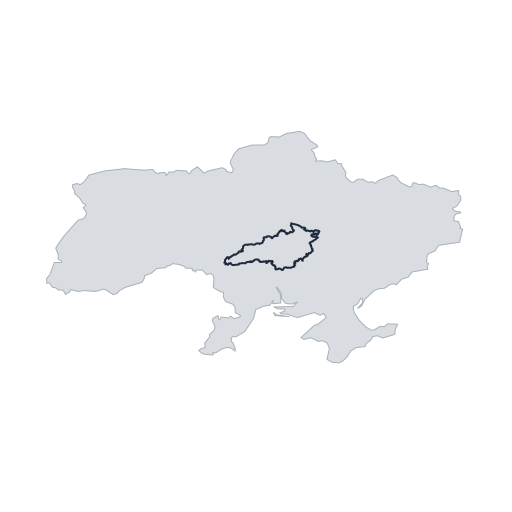 Kirovohrad highlighted on a map of Ukraine, rotated 352°
{"feature_id": "UKR-320", "entity_name": "Kirovohrad", "entity_type": "Region", "adm_level": 1, "iso_a3": "UKR", "parent_name": "Ukraine", "parent_adm1": "", "projection": "robinson", "projection_center": [32.137, 48.505], "detail": "fine", "context": "in_parent", "style": "outline", "palette": "slate", "viewbox_px": 512, "rotation_deg": 352, "n_neighbors": 0, "source": "natural_earth", "source_scale": "10m", "svg_char_len": 9453}
<svg xmlns="http://www.w3.org/2000/svg" viewBox="0 0 512 512"><g transform="rotate(352 256 256)"><path d="M349.3,334.1L355.1,341.7L359.9,345.5L362.4,345.7L368.9,343.0L373.2,343.9L377.0,341.5L386.7,343.3L383.8,348.0L382.5,353.0L370.0,354.8L365.3,351.9L360.4,352.0L357.7,355.6L352.9,358.0L351.3,360.8L342.4,360.7L336.4,363.3L332.0,368.8L327.0,372.2L323.1,373.3L316.9,371.9L311.9,368.3L315.8,357.7L314.4,352.0L310.4,349.3L305.5,349.1L299.0,344.6L291.7,345.2L289.2,343.0L304.3,332.7L307.6,332.2L316.8,326.9L315.1,322.4L311.2,323.6L305.7,320.1L288.4,322.8L277.9,317.6L273.0,316.9L271.8,315.7L276.8,314.5L277.2,312.6L270.2,311.3L266.4,308.9L285.6,311.2L290.8,307.1L285.5,308.6L280.1,307.6L278.1,306.3L275.7,302.1L275.6,296.2L273.2,291.0L271.3,289.4L275.0,297.9L274.0,306.0L265.9,305.6L266.7,302.3L262.8,306.7L256.5,306.8L248.4,308.9L245.0,317.4L234.4,329.2L224.9,333.2L221.6,332.6L220.3,333.5L219.6,337.1L221.2,338.9L222.5,344.7L222.0,347.2L218.7,343.9L214.8,342.5L210.4,343.0L202.5,346.3L199.8,345.7L200.0,347.5L199.3,348.0L191.9,346.3L188.7,344.6L186.2,341.6L188.6,340.1L193.1,339.6L193.0,335.2L198.8,329.7L199.1,327.2L204.1,323.8L205.6,320.1L203.9,314.6L204.6,311.7L210.1,309.8L210.4,314.1L211.6,313.7L212.9,311.5L220.2,313.5L222.4,312.0L225.5,314.9L231.2,314.1L232.5,312.8L227.6,309.3L228.1,303.8L226.6,300.7L219.4,296.7L218.0,291.9L218.7,287.6L215.1,285.9L209.3,281.2L211.2,272.7L210.9,269.5L209.3,267.1L204.5,267.5L201.0,262.5L195.3,261.6L193.7,263.4L192.8,261.7L190.9,261.8L191.1,259.7L189.7,259.0L185.0,258.4L183.8,256.5L178.8,253.7L172.4,251.9L169.0,253.7L167.4,253.2L164.8,255.0L155.9,254.6L150.4,258.3L143.0,260.0L142.2,262.7L139.4,266.3L122.9,268.7L115.8,271.3L113.5,273.6L109.2,274.4L102.0,268.1L99.8,267.6L92.5,268.8L80.6,266.3L74.5,266.3L68.3,263.5L66.1,265.8L61.9,267.6L61.5,265.2L59.6,262.8L55.2,262.1L53.8,260.0L49.9,258.5L47.9,254.0L45.0,254.0L45.5,249.2L49.3,245.7L55.5,234.3L62.5,235.3L62.8,234.0L59.6,231.3L60.4,227.7L58.8,220.4L60.2,218.5L68.3,209.8L84.7,195.8L90.9,194.9L93.7,191.4L94.0,188.9L91.5,184.0L94.6,182.3L94.4,181.4L91.9,179.5L89.4,174.1L85.0,168.7L85.5,166.3L84.0,162.7L84.2,160.0L88.5,159.3L92.0,160.8L96.2,158.5L101.9,152.6L118.1,150.7L137.8,151.2L157.1,155.4L165.6,155.9L169.0,160.4L176.0,160.3L178.0,161.1L178.2,163.9L181.9,160.6L185.4,161.5L189.4,160.1L198.9,162.0L200.0,164.5L201.9,165.2L204.7,162.1L210.5,159.5L216.0,166.6L220.8,165.1L234.8,163.9L238.2,166.1L238.7,168.3L243.6,170.1L245.6,167.4L243.4,160.4L244.6,157.7L248.6,151.8L253.8,147.4L267.4,145.6L280.0,147.2L283.6,145.4L285.5,140.8L287.1,139.8L295.6,141.4L303.4,138.8L316.8,138.7L321.1,141.4L325.6,149.3L332.2,155.1L331.8,156.9L325.9,158.0L325.8,159.0L327.8,161.7L328.5,167.2L329.5,167.9L328.2,170.3L334.6,170.9L339.7,172.8L347.8,171.8L350.0,176.0L353.6,176.5L353.7,179.2L356.7,185.7L355.7,189.0L356.2,191.1L360.5,196.1L362.4,196.7L367.4,194.1L372.6,194.9L377.1,198.6L381.6,198.6L384.5,200.7L387.6,198.3L402.9,194.8L406.8,198.3L407.4,200.5L409.8,203.6L417.9,209.2L420.2,208.6L420.9,206.1L422.7,205.3L427.3,207.9L431.9,208.2L438.3,212.0L444.3,211.1L447.4,214.4L451.1,214.8L458.7,219.5L465.7,219.3L465.3,223.6L467.0,225.5L466.7,229.0L461.8,234.5L457.1,236.2L458.8,238.9L464.4,240.8L464.8,241.7L459.9,242.1L457.9,244.1L456.6,248.5L461.2,250.0L462.7,255.4L461.7,257.1L464.4,258.1L459.6,270.6L438.1,270.9L434.0,275.9L427.6,277.6L425.7,279.1L423.9,286.2L425.8,287.5L424.0,290.5L424.4,293.0L408.5,293.5L403.8,298.1L396.9,299.3L391.0,304.1L388.5,302.7L385.4,302.7L378.8,305.8L372.8,305.5L368.1,306.8L358.0,314.0L353.5,320.3L349.0,322.1L355.2,317.0L355.5,314.3L354.0,312.2L350.1,317.4L345.0,319.7L345.3,325.7L349.3,334.1ZM280.6,320.7L266.6,317.7L265.3,314.2L268.4,317.2L280.6,320.7Z" fill="#d9dde1" stroke="#a8b0b8" stroke-width="1"/><path d="M295.5,228.7L301.4,231.0L304.0,232.7L304.6,233.4L305.0,234.1L305.3,234.3L307.5,234.5L307.7,234.9L308.5,235.1L308.6,235.4L308.0,235.7L308.0,236.2L307.9,236.3L307.5,236.5L308.1,237.0L308.7,237.7L309.4,238.2L309.7,238.1L309.9,237.8L310.5,237.9L311.2,238.1L311.8,238.6L312.8,238.9L313.2,239.3L313.4,239.3L313.9,239.1L314.1,238.7L314.5,238.7L315.4,239.1L315.8,239.4L316.1,239.8L316.2,240.3L316.3,240.3L316.5,240.1L316.7,239.4L316.8,239.2L317.6,239.1L317.8,239.0L318.0,238.8L318.8,238.7L319.4,239.3L319.9,239.4L321.1,239.5L321.4,239.6L322.1,240.4L321.5,241.1L321.3,241.8L320.7,242.4L320.5,242.5L320.1,243.4L319.9,243.5L319.6,243.5L319.6,243.2L319.4,243.0L319.3,242.5L319.1,242.6L318.9,242.9L318.7,243.0L318.6,242.8L318.7,242.3L318.5,242.2L318.2,242.1L317.5,242.7L317.2,242.9L316.8,242.7L316.6,242.2L316.3,242.1L316.0,242.2L315.1,242.8L314.8,242.8L314.5,242.5L314.2,242.5L313.6,243.2L313.6,243.3L313.7,243.7L313.8,243.8L314.2,244.1L314.4,244.5L314.6,244.7L316.0,244.9L316.8,245.3L318.3,245.4L318.5,245.5L318.6,245.9L319.7,246.1L319.8,246.2L319.6,246.5L319.3,246.7L318.5,246.9L317.5,247.8L314.9,248.8L314.2,249.5L313.9,249.5L313.8,249.3L311.8,250.0L311.0,250.5L310.9,250.8L311.0,251.1L311.4,251.3L311.4,251.7L311.5,251.9L312.0,252.9L311.9,253.1L311.7,253.3L311.7,253.5L311.7,253.8L312.0,254.0L312.2,255.0L312.4,256.8L312.4,257.0L312.8,257.1L313.0,257.2L313.0,257.4L312.7,259.0L311.7,259.3L311.4,259.8L310.1,260.8L309.7,260.9L309.4,260.9L309.0,260.6L308.8,260.5L308.5,261.0L307.6,261.9L307.1,262.9L307.0,263.0L306.7,262.9L306.6,262.5L306.6,262.2L306.8,261.8L306.6,261.0L306.5,260.9L306.3,260.9L306.2,261.0L305.9,262.1L306.0,262.8L305.9,263.4L305.6,263.6L305.0,263.7L304.2,263.6L303.3,264.1L302.7,264.9L302.0,265.3L301.5,267.0L301.0,266.7L301.0,266.1L300.5,265.5L300.3,265.3L300.2,264.9L300.1,264.7L299.4,265.0L298.4,264.9L298.0,265.1L297.8,265.4L297.9,266.0L297.7,266.3L297.0,266.4L296.9,266.5L296.6,267.0L296.3,267.0L296.1,266.9L295.9,266.8L295.6,266.4L295.4,266.4L294.9,266.5L294.0,266.7L293.5,266.9L293.2,267.3L293.1,267.7L293.3,268.0L293.9,268.1L293.9,268.6L292.9,268.9L292.7,269.0L292.7,269.3L292.9,269.7L292.9,270.2L293.2,270.5L292.4,270.9L292.4,271.8L288.1,272.5L286.0,271.9L285.2,272.1L284.7,271.7L283.8,271.3L283.4,271.3L282.6,271.4L282.1,271.6L281.0,273.2L280.8,273.4L280.3,273.5L279.4,273.2L279.1,272.9L278.7,272.3L277.6,271.7L276.5,271.6L276.3,271.7L276.2,272.0L273.8,272.1L273.6,271.9L273.6,271.1L273.3,270.8L273.3,270.6L273.4,270.3L273.9,269.6L273.8,269.2L273.2,268.5L273.1,268.0L272.8,267.7L272.6,267.6L271.9,267.7L271.6,267.4L271.3,267.1L270.2,265.5L270.3,265.3L271.2,265.0L271.6,264.6L271.7,264.3L271.7,264.1L271.4,263.2L271.0,263.1L270.0,263.3L269.4,263.0L269.0,263.0L268.7,263.0L268.3,262.6L268.0,262.5L267.4,262.8L267.4,263.0L267.4,263.3L267.3,263.5L266.7,263.6L266.4,263.4L266.1,263.5L265.9,263.7L265.9,264.3L265.6,264.4L265.3,264.3L265.3,264.1L265.5,263.6L265.6,263.0L265.5,262.7L265.4,262.5L264.0,262.6L263.3,262.8L262.9,262.7L262.7,262.4L261.6,262.7L259.4,262.5L259.1,262.3L258.9,262.1L258.9,261.3L258.2,261.1L257.9,260.0L257.8,259.9L257.5,259.8L256.7,259.6L255.0,259.5L254.5,259.5L253.7,259.8L253.4,260.0L253.2,260.1L253.1,260.5L252.9,260.7L252.0,260.9L251.5,261.3L251.3,261.4L250.8,261.3L250.7,261.2L250.6,260.7L250.4,260.6L250.1,260.5L249.8,260.7L249.6,260.9L249.4,261.2L249.2,261.3L249.0,261.2L248.8,261.1L248.7,260.8L246.6,260.7L245.2,261.1L244.7,261.7L243.4,261.6L242.4,261.3L241.8,261.2L238.1,261.2L238.0,261.3L237.7,262.0L231.9,261.8L231.1,261.4L230.6,260.9L229.9,259.5L229.0,259.8L228.9,259.8L228.4,259.5L228.2,259.5L227.4,260.6L227.2,260.7L226.9,260.7L226.4,260.1L225.9,259.8L224.7,260.0L224.6,259.8L225.0,259.3L224.9,258.9L225.0,258.6L224.8,258.5L224.1,258.3L223.8,258.1L223.9,257.9L224.4,257.3L224.7,256.7L224.8,255.6L225.8,254.7L226.9,253.5L227.3,253.2L227.6,253.2L228.0,253.2L228.1,253.4L228.1,253.8L228.3,254.1L228.5,254.7L228.6,254.9L229.0,254.7L229.6,254.1L230.0,253.5L231.0,253.4L231.3,253.2L231.8,252.6L232.6,252.6L232.9,252.5L233.5,252.0L234.4,251.4L234.7,251.5L235.2,251.8L235.9,251.9L236.1,251.7L239.1,250.3L239.3,249.6L239.6,249.2L240.4,249.1L240.8,249.1L241.0,249.2L241.2,249.6L241.5,249.6L243.2,249.5L243.6,249.3L243.7,248.8L243.6,248.1L242.8,247.7L243.1,247.3L244.2,246.5L244.5,245.5L244.4,245.2L244.4,244.9L244.6,244.6L245.8,243.8L246.6,243.4L247.7,243.4L248.4,243.5L248.9,243.5L249.2,243.8L249.4,243.8L250.5,243.6L251.0,243.7L252.2,243.6L254.1,244.0L254.9,244.5L255.2,244.5L256.3,244.5L256.7,244.4L257.8,243.8L258.9,243.7L259.7,243.9L260.5,243.9L260.9,244.0L261.1,244.2L261.3,244.5L261.7,244.3L262.2,244.3L264.0,243.8L264.5,243.5L264.9,242.2L265.8,241.6L266.0,241.3L266.1,240.8L266.0,239.3L266.2,238.9L266.4,238.7L266.8,238.6L267.5,238.8L268.9,238.9L269.1,238.8L269.5,238.2L270.8,238.1L272.6,238.7L273.4,239.1L273.7,239.4L274.0,240.4L274.1,240.5L274.4,240.6L274.8,240.4L275.7,239.5L276.0,239.3L277.0,239.0L277.7,238.5L278.0,238.7L278.1,238.9L279.0,238.8L279.2,239.0L279.3,239.1L279.9,239.1L280.1,239.0L280.3,238.8L280.5,238.1L280.5,237.9L280.2,237.6L280.4,237.1L281.6,236.4L282.5,235.1L282.7,234.9L283.7,235.0L283.8,234.8L283.8,234.5L283.8,234.3L284.1,234.1L284.9,233.8L285.1,233.8L285.1,234.4L285.5,234.6L285.6,234.9L285.7,235.1L286.6,235.2L286.9,235.1L287.5,234.7L287.7,234.8L287.7,235.0L287.7,235.8L287.9,236.1L288.9,237.2L289.1,237.7L289.1,238.4L289.3,238.5L289.7,238.6L289.9,238.5L290.0,238.4L290.1,237.8L290.4,237.7L290.5,237.7L291.1,238.0L291.6,238.1L291.9,238.0L292.6,237.5L292.9,236.9L293.2,236.8L293.6,236.9L294.5,237.4L294.9,237.5L295.4,237.5L295.8,237.1L296.9,236.4L297.1,236.1L297.1,235.9L296.5,235.7L296.4,235.5L295.8,234.2L295.8,232.8L295.6,232.1L295.3,231.5L294.7,231.0L294.7,230.8L295.3,229.5L295.5,228.7Z" fill="none" stroke="#1e293b" stroke-width="2"/></g></svg>